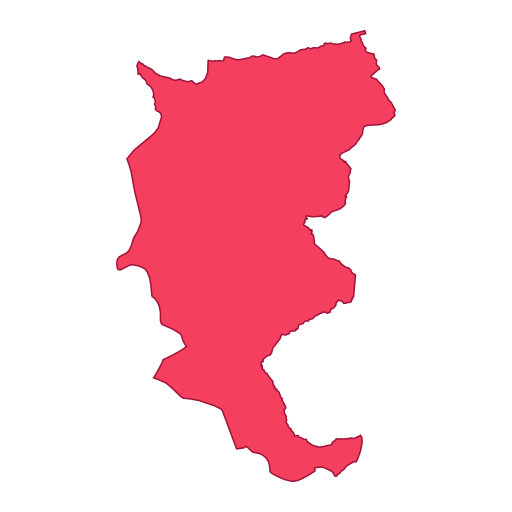 the district of Biblian, Cañar, Ecuador, rotated 270°
{"feature_id": "8360857B93443037342113", "entity_name": "Biblian", "entity_type": "district", "adm_level": 2, "iso_a3": "ECU", "parent_name": "Ecuador", "parent_adm1": "Cañar", "projection": "albers", "projection_center": [-78.972, -2.675], "detail": "fine", "context": "isolated", "style": "filled", "palette": "rose", "viewbox_px": 512, "rotation_deg": 270, "n_neighbors": 0, "source": "geoboundaries", "source_scale": "gbopen_adm2", "svg_char_len": 6080}
<svg xmlns="http://www.w3.org/2000/svg" viewBox="0 0 512 512"><g transform="rotate(270 256 256)"><path d="M451.6,208.4L451.2,208.1L439.7,207.7L433.4,205.4L430.0,202.1L427.9,196.3L428.6,194.7L431.1,192.0L431.2,190.8L430.3,188.5L430.4,187.1L431.3,183.3L432.9,179.7L431.9,176.7L431.8,174.6L432.4,172.4L433.9,170.0L436.1,160.2L437.7,157.6L438.4,155.9L443.0,151.3L443.7,149.5L444.4,148.6L444.4,147.4L445.9,145.8L445.7,144.9L446.4,144.7L446.7,143.7L448.2,142.6L448.1,141.1L448.8,140.9L449.2,140.1L450.5,139.1L449.1,138.0L446.1,136.9L443.8,137.6L437.8,138.2L437.7,138.5L438.2,139.8L437.9,140.2L434.6,142.2L431.7,145.7L428.1,147.1L425.7,150.3L423.9,151.6L421.3,152.9L418.5,153.6L416.9,153.6L415.1,153.0L415.2,153.7L411.5,155.2L409.7,155.3L407.8,154.6L405.3,155.8L402.9,155.3L401.2,156.7L400.2,158.9L398.7,160.6L396.2,161.5L393.9,161.2L385.3,158.6L384.0,158.1L379.7,155.0L376.8,152.0L362.1,134.3L353.2,126.9L347.6,129.0L340.8,131.0L320.0,134.8L296.1,140.7L292.1,141.2L289.5,141.1L280.8,137.8L274.0,133.6L266.3,131.3L261.6,129.1L259.8,127.4L258.2,125.0L255.3,119.4L252.4,117.3L248.0,116.7L243.1,117.5L242.3,118.5L242.1,120.5L246.7,129.4L247.3,132.3L246.1,138.4L244.8,141.9L242.8,145.3L239.8,147.3L234.0,149.7L226.4,150.9L217.0,151.8L215.3,152.2L214.2,154.1L210.9,156.9L206.1,159.2L199.9,160.4L191.4,160.4L189.5,160.9L187.4,162.3L182.8,172.9L177.8,180.9L170.6,183.3L166.9,185.4L165.6,186.6L162.2,182.1L157.0,172.8L152.2,163.1L149.8,162.3L141.3,157.9L134.0,153.6L132.8,157.5L128.8,166.3L123.1,172.9L115.5,180.7L113.8,183.3L113.1,190.2L111.5,199.0L106.1,214.7L102.9,221.1L101.0,222.5L63.1,236.6L64.1,243.7L65.5,245.9L64.2,248.0L59.9,252.6L58.2,260.2L56.4,263.4L53.9,266.2L50.2,268.5L46.7,269.5L40.5,270.0L38.7,271.9L37.2,274.3L33.9,281.1L32.3,285.2L30.7,292.0L30.9,294.8L31.4,297.4L33.2,301.7L36.7,308.3L41.0,315.0L42.9,314.9L43.3,314.4L44.1,314.7L44.9,319.6L44.9,322.0L44.1,324.5L41.3,330.6L39.4,333.1L35.9,334.8L35.8,336.6L37.8,337.8L38.3,339.3L41.1,341.6L42.8,344.2L45.0,345.6L47.0,348.0L49.2,352.1L49.8,352.4L50.3,353.2L50.2,356.3L55.1,358.4L61.7,360.7L69.9,362.2L74.8,361.8L76.7,360.3L75.9,359.8L76.0,359.2L75.4,358.6L75.2,357.1L74.2,356.2L73.6,353.3L74.1,350.6L73.2,349.1L73.5,347.6L72.9,343.9L73.2,339.5L72.9,337.1L73.3,336.4L72.1,335.6L69.8,332.5L67.5,331.5L67.0,330.9L66.3,326.2L65.4,324.5L65.5,322.3L65.0,320.8L64.9,319.3L66.0,314.6L66.9,312.2L70.7,307.0L72.5,306.4L72.8,303.7L73.5,302.7L75.2,298.6L76.5,298.1L76.1,294.5L77.8,294.2L80.1,292.8L81.0,292.1L81.2,291.2L83.0,291.1L84.3,289.1L86.2,287.9L87.5,287.9L89.3,286.0L92.3,286.7L93.0,286.3L95.3,286.3L97.2,285.5L98.3,284.6L101.5,284.1L102.2,284.3L103.9,285.7L105.2,285.7L111.7,282.2L111.8,281.8L113.1,281.8L113.3,282.3L114.0,281.5L116.1,280.3L119.8,279.1L121.0,277.7L122.6,276.7L122.8,276.1L122.4,276.0L123.0,275.5L123.7,275.6L123.6,274.6L123.9,274.2L125.3,274.7L128.0,272.9L128.7,273.1L129.3,272.6L130.5,272.9L135.4,268.9L138.6,267.0L139.8,264.6L141.7,264.3L142.6,262.6L143.6,262.6L145.0,261.6L145.0,262.3L146.2,262.3L146.8,261.8L147.0,260.8L147.4,260.6L148.5,261.4L150.3,261.5L150.4,263.2L152.3,263.0L153.9,264.5L156.3,267.6L156.8,269.9L158.9,271.5L164.1,272.8L165.6,274.2L173.3,280.1L177.5,281.5L177.0,286.1L178.1,287.4L178.1,289.0L180.1,289.7L180.8,290.5L181.1,295.1L183.1,296.0L182.4,296.7L182.8,297.4L184.3,298.2L185.9,298.3L187.3,299.0L188.4,303.0L189.7,303.9L191.1,305.6L191.0,308.6L192.8,309.4L193.1,312.1L194.4,313.9L195.9,314.8L196.1,315.9L196.9,316.5L197.1,317.9L198.6,320.3L199.0,322.0L200.0,322.8L199.6,326.0L198.6,327.4L199.4,328.8L199.6,330.0L201.1,330.3L203.1,331.4L203.6,333.0L206.1,335.6L208.6,336.1L211.7,338.0L211.2,341.0L209.8,343.0L208.7,343.6L208.8,346.3L209.8,347.6L209.4,349.1L210.5,351.4L212.4,351.4L212.8,351.8L212.7,352.5L214.4,352.4L215.1,353.6L237.2,355.5L238.1,353.5L239.6,351.8L242.0,350.9L243.3,349.6L244.2,348.3L244.8,345.7L247.9,341.5L250.7,339.6L251.4,337.3L252.8,334.4L253.4,330.4L253.9,328.6L254.5,327.7L257.7,325.1L259.4,324.4L266.7,316.2L267.5,314.8L276.0,313.6L277.9,312.6L278.0,311.1L280.2,312.0L281.3,311.3L281.8,312.0L282.2,311.8L282.3,311.4L281.7,310.6L281.9,310.1L284.3,308.4L286.7,304.0L287.7,303.6L290.3,305.1L291.1,304.7L292.5,305.0L293.2,306.3L292.8,306.7L293.5,307.3L294.7,306.2L296.2,306.2L295.2,312.8L295.8,320.7L296.6,321.4L295.1,322.6L295.0,323.7L294.4,324.8L296.2,327.5L299.6,331.1L300.6,332.6L302.6,338.8L303.6,340.7L306.6,344.3L308.7,345.5L310.3,345.2L314.0,345.7L315.1,346.7L315.4,346.5L315.4,345.5L315.9,345.2L319.1,347.6L321.6,348.6L330.6,349.6L333.8,348.6L335.3,348.5L336.7,348.8L339.6,350.4L341.6,350.4L343.3,350.9L349.0,346.4L350.7,345.5L350.6,344.9L349.0,344.3L349.9,344.3L351.8,343.0L354.0,339.6L357.6,340.4L359.3,342.9L362.3,349.3L363.8,350.7L367.7,355.5L371.4,357.9L372.8,359.3L373.6,359.3L376.2,361.4L378.2,362.4L382.5,363.0L385.6,364.0L386.8,368.7L387.3,379.2L388.4,383.8L389.5,386.5L392.0,390.6L394.1,392.2L395.7,394.5L397.6,394.9L399.4,394.0L401.7,395.3L409.4,391.3L411.8,388.8L415.3,387.0L418.5,384.7L420.6,384.1L422.7,384.5L425.6,382.8L429.3,379.7L430.1,378.5L432.6,376.8L434.3,372.2L435.6,370.7L441.8,377.5L442.9,379.6L444.6,379.1L446.9,376.8L449.2,376.2L451.8,376.7L453.8,374.7L458.1,373.8L458.5,370.8L460.1,366.3L462.1,365.2L462.9,365.4L463.7,366.1L466.4,363.3L469.0,362.5L471.3,361.0L473.4,360.9L475.2,359.7L476.3,359.6L477.2,360.7L478.4,365.6L481.3,364.8L477.9,351.5L474.3,350.4L472.4,350.5L470.8,351.1L470.0,349.5L469.7,346.4L470.0,344.9L469.1,343.1L468.0,339.2L467.7,337.7L468.1,334.9L467.5,334.3L468.9,331.3L468.5,326.8L469.0,325.5L468.4,324.3L467.4,324.3L466.6,323.9L465.6,320.1L464.5,319.2L464.0,317.0L464.3,313.5L463.2,310.5L464.4,308.1L463.0,306.2L462.2,300.5L459.3,295.9L458.6,292.9L459.4,290.0L459.1,286.2L458.6,285.7L457.9,283.1L456.3,281.9L455.7,280.6L453.0,277.3L453.5,273.3L455.6,267.6L457.0,263.5L457.0,262.6L456.5,261.4L455.8,260.7L455.1,258.0L455.0,255.9L455.6,255.4L456.0,252.2L454.0,249.0L453.9,246.9L453.1,244.6L453.4,244.2L452.3,239.8L452.3,236.4L454.8,228.8L455.1,225.4L454.8,224.4L451.5,223.6L451.0,222.9L451.4,219.2L451.0,216.7L451.3,214.9L450.7,213.1L451.6,208.4Z" fill="#f43f5e" stroke="#9f1239" stroke-width="1.5"/></g></svg>